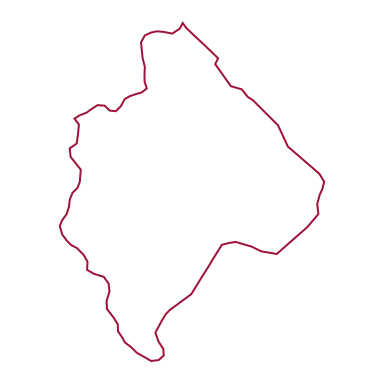 Sapeaçu, Bahia, Brazil (orthographic projection)
{"feature_id": "56859067B33676272778576", "entity_name": "Sapeaçu", "entity_type": "district", "adm_level": 2, "iso_a3": "BRA", "parent_name": "Brazil", "parent_adm1": "Bahia", "projection": "orthographic", "projection_center": [-39.225, -12.729], "detail": "fine", "context": "isolated", "style": "outline", "palette": "rose", "viewbox_px": 384, "rotation_deg": 0, "n_neighbors": 0, "source": "geoboundaries", "source_scale": "gbopen_adm2", "svg_char_len": 1285}
<svg xmlns="http://www.w3.org/2000/svg" viewBox="0 0 384 384"><path d="M141.0,42.4L142.6,58.0L144.8,66.8L144.5,75.7L144.6,81.8L146.8,88.4L142.0,92.3L135.3,94.3L129.8,96.2L124.7,99.1L120.9,106.2L115.8,111.2L109.8,110.6L104.7,105.7L97.7,105.1L91.7,108.9L86.6,112.6L79.5,115.4L74.5,118.7L78.9,124.6L77.9,135.1L76.7,143.5L69.7,148.4L70.6,156.9L75.1,162.5L80.8,169.7L79.8,181.8L77.6,187.7L72.5,192.9L69.8,199.4L69.0,206.6L66.5,214.4L62.1,220.3L59.8,226.2L62.3,234.6L66.8,240.6L71.3,245.2L77.0,248.1L83.7,255.0L87.5,261.7L87.1,269.9L94.0,273.8L103.8,276.9L108.6,283.6L109.5,291.5L106.6,300.9L107.0,309.1L113.1,316.9L117.8,324.2L118.0,331.3L121.6,336.5L124.9,342.4L131.1,347.2L136.9,352.8L151.2,361.0L158.5,360.1L163.7,355.5L163.3,349.0L158.5,341.5L155.4,332.6L161.7,320.9L165.6,314.3L170.0,309.8L184.3,299.3L191.4,294.0L201.9,276.9L208.9,265.9L212.7,259.4L217.8,251.3L221.9,244.8L228.2,243.2L235.5,241.9L251.9,246.7L261.1,251.3L276.7,254.0L307.3,227.1L318.4,214.0L317.2,204.2L319.7,194.8L322.3,189.2L324.2,181.7L319.3,173.7L287.9,146.6L278.0,125.3L253.1,100.4L247.7,96.8L241.7,89.3L230.9,86.2L215.2,64.1L218.1,58.3L205.3,45.9L195.5,36.8L186.3,28.0L182.7,23.0L179.8,28.6L172.3,33.6L163.6,31.9L156.9,31.3L150.9,32.6L144.8,35.5L141.0,42.4Z" fill="none" stroke="#9f1239" stroke-width="2"/></svg>